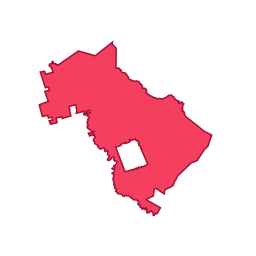 the district of Linares, Nuevo León, Mexico, rotated 247°
{"feature_id": "50627088B38143273708345", "entity_name": "Linares", "entity_type": "district", "adm_level": 2, "iso_a3": "MEX", "parent_name": "Mexico", "parent_adm1": "Nuevo León", "projection": "mercator", "projection_center": [-99.477, 24.853], "detail": "fine", "context": "isolated", "style": "filled", "palette": "rose", "viewbox_px": 256, "rotation_deg": 247, "n_neighbors": 0, "source": "geoboundaries", "source_scale": "gbopen_adm2", "svg_char_len": 5792}
<svg xmlns="http://www.w3.org/2000/svg" viewBox="0 0 256 256"><g transform="rotate(247 128 128)"><path d="M160.6,64.8L165.2,65.7L164.2,71.6L162.5,71.1L161.4,80.1L167.3,81.1L167.3,81.5L170.8,82.2L169.9,89.0L164.3,87.7L161.8,86.1L160.4,94.7L160.2,94.4L159.0,94.1L158.5,92.7L157.4,92.6L156.4,94.6L157.2,94.7L157.1,95.3L158.1,95.3L158.1,96.9L159.3,96.9L159.2,98.0L159.7,98.1L159.3,99.5L157.4,99.6L156.8,99.4L157.1,98.1L156.6,97.0L156.9,97.0L157.0,96.1L155.7,96.1L155.0,95.8L154.8,95.4L153.7,96.5L152.6,96.2L152.1,95.7L152.1,94.9L151.7,94.4L150.7,94.3L150.5,93.7L149.2,92.9L148.9,92.4L148.1,92.3L147.2,92.6L146.1,92.3L145.8,92.1L145.9,91.5L144.9,91.5L144.9,90.9L144.7,90.6L143.6,90.7L143.3,91.2L142.4,91.5L141.9,92.0L141.2,92.1L140.9,92.4L139.4,93.2L138.6,93.9L138.0,94.9L138.0,93.7L138.7,89.5L135.6,89.6L136.2,93.4L135.5,92.8L134.9,92.6L134.7,94.3L134.1,94.0L133.0,94.3L132.3,94.2L131.5,92.4L130.3,91.3L129.0,91.4L128.3,91.7L127.5,91.4L126.3,91.4L124.7,93.2L124.0,92.9L123.3,92.9L121.4,93.4L121.0,93.3L120.0,93.8L119.2,94.9L119.4,96.9L118.4,98.4L118.2,98.5L116.2,97.5L115.2,97.8L115.1,98.1L115.4,100.0L115.1,100.5L114.4,100.5L112.1,99.0L111.3,99.0L109.2,99.6L108.7,99.3L107.3,96.9L106.8,96.7L106.2,96.9L105.6,97.5L105.4,98.2L106.0,99.7L106.1,100.7L107.3,102.0L107.0,103.3L106.5,103.6L106.0,103.6L105.2,103.2L105.0,102.7L104.3,102.4L103.4,102.8L102.6,102.9L102.3,104.1L101.9,104.5L101.4,104.5L100.3,104.0L99.8,103.2L98.8,102.2L98.6,101.4L99.0,100.6L98.7,99.9L98.2,99.8L97.5,100.5L97.0,100.4L96.3,99.8L96.4,98.7L97.3,98.0L97.0,97.4L96.2,97.5L95.5,99.0L95.0,99.1L93.5,98.5L93.0,98.0L92.7,97.0L93.0,96.2L92.8,95.7L92.4,95.6L91.8,95.9L91.6,96.9L90.9,97.0L89.4,95.8L88.2,95.8L87.7,94.6L85.9,93.9L83.7,94.1L82.9,93.4L81.0,92.7L80.7,92.9L80.6,93.5L80.4,93.6L79.9,92.9L78.0,92.2L77.7,92.4L77.7,92.9L77.4,93.2L76.6,93.2L75.9,92.7L75.3,93.1L74.6,91.9L73.8,92.6L72.6,92.5L71.7,93.4L71.1,93.4L70.5,94.9L69.7,95.9L68.7,96.7L67.5,96.7L67.2,96.9L66.9,97.6L66.5,97.9L66.9,98.4L67.0,99.4L66.3,100.0L65.6,102.0L64.9,102.5L63.9,102.8L63.4,103.2L62.5,103.4L61.7,104.3L60.8,104.7L59.9,104.8L59.8,105.4L59.3,105.8L58.7,107.3L58.1,108.2L57.6,108.3L56.9,108.2L56.1,109.0L55.2,109.0L54.6,108.6L54.4,107.5L53.7,107.3L53.2,107.6L52.7,108.8L52.2,108.6L51.5,108.9L51.2,108.3L50.8,108.2L50.5,108.6L50.1,108.5L49.9,108.8L49.1,109.1L49.0,109.7L48.4,109.2L47.6,109.3L47.6,109.7L48.0,110.8L46.6,111.4L46.4,111.8L46.6,112.6L47.2,112.4L47.7,113.3L46.1,113.5L45.5,113.2L45.1,113.5L44.8,112.8L43.8,112.5L43.8,112.9L43.5,113.2L43.0,112.9L42.7,113.1L42.3,112.8L42.3,113.5L42.0,113.7L41.7,114.5L42.9,116.2L42.9,116.4L42.5,116.6L42.5,117.0L40.8,117.6L40.5,117.5L40.0,118.1L39.2,117.8L38.3,117.2L38.2,117.7L37.5,117.5L37.2,117.8L38.4,119.8L38.1,120.1L37.9,121.6L38.5,122.1L41.9,126.7L54.7,116.9L55.6,119.5L55.3,120.1L55.6,122.1L55.3,124.3L57.6,126.1L60.6,127.8L61.5,128.8L61.5,129.9L59.7,131.4L53.1,135.5L53.5,136.0L55.5,136.8L57.1,138.7L56.7,139.4L57.1,141.6L56.8,142.1L57.0,144.9L57.6,147.4L60.5,149.8L62.0,152.3L63.4,153.5L64.0,154.6L64.9,155.4L64.8,155.7L66.2,159.6L71.2,172.5L70.9,178.7L78.6,190.3L79.1,192.5L80.0,193.7L79.9,194.3L88.8,202.3L95.2,196.9L116.7,185.3L118.1,185.6L119.5,185.3L120.1,186.0L120.5,186.1L122.0,184.9L122.0,185.4L123.4,185.4L123.7,185.0L124.2,185.1L124.7,185.9L125.5,186.0L125.9,186.6L128.4,187.8L128.5,188.0L128.2,188.5L128.4,188.8L129.1,188.4L129.4,187.8L130.1,188.0L130.9,187.7L130.6,187.1L131.2,186.3L130.6,184.9L131.2,184.3L132.4,184.3L132.7,184.6L132.5,185.2L132.8,185.4L133.2,185.1L133.2,184.5L134.5,184.0L135.0,183.1L136.7,182.5L138.5,182.4L139.4,181.6L140.3,181.4L140.9,180.8L141.5,180.7L141.8,178.9L142.2,178.3L141.8,177.5L141.9,176.6L141.4,175.7L141.4,174.7L141.2,174.5L141.4,171.9L141.2,171.3L141.4,171.3L141.3,170.8L141.7,170.0L142.7,169.1L143.0,167.7L143.3,167.3L143.1,167.0L143.2,166.7L144.0,166.1L144.3,165.3L144.8,165.2L145.0,164.7L145.4,164.5L145.4,164.1L146.6,163.2L146.4,163.0L147.0,162.9L147.9,162.4L148.8,161.1L149.3,161.1L150.3,160.3L150.5,159.9L151.4,159.8L152.0,159.1L152.5,159.0L152.5,158.5L153.1,158.1L154.3,159.4L154.7,159.3L155.6,159.9L155.8,159.5L157.0,159.7L157.8,159.2L158.3,158.6L158.7,157.0L160.5,157.4L161.6,157.1L162.0,157.6L162.4,157.5L163.2,157.1L163.2,156.9L163.8,156.9L164.4,156.2L165.3,156.4L166.3,156.2L166.9,155.6L167.1,154.9L168.0,154.4L167.9,153.7L168.1,153.6L168.4,152.2L168.9,151.9L169.2,150.8L170.0,150.5L170.2,149.8L171.1,149.8L171.3,149.0L171.9,148.3L173.2,148.1L174.2,148.3L175.2,148.0L175.8,148.0L176.0,147.8L177.7,147.7L178.8,147.1L179.3,147.2L179.9,146.7L179.9,146.4L180.1,146.4L180.4,145.7L180.6,145.6L180.9,145.1L182.4,143.8L183.1,143.9L184.0,144.4L184.9,143.2L185.7,143.4L186.4,142.8L187.1,142.7L187.1,141.7L187.5,141.0L187.6,140.2L206.1,148.3L211.6,146.1L213.1,147.2L207.3,126.0L218.3,112.4L213.3,88.7L213.7,88.3L213.9,87.1L215.4,86.6L215.7,86.2L215.4,85.6L215.5,85.4L216.2,85.1L216.9,84.2L217.2,84.2L217.4,84.7L218.0,85.1L218.7,84.7L218.8,84.4L217.2,82.8L217.1,82.3L217.4,81.4L217.4,80.7L216.4,79.9L215.9,79.8L215.3,80.1L215.4,81.0L214.9,81.4L213.1,80.7L212.9,81.4L211.1,81.0L208.6,80.8L209.7,73.1L212.8,73.4L213.8,69.1L197.4,67.7L196.9,70.6L193.4,70.4L194.2,65.7L183.6,65.0L184.1,55.5L181.1,54.9L172.0,53.7L171.1,59.0L168.3,58.7L167.7,62.2L164.8,61.8L165.5,58.3L164.1,58.2L164.0,58.5L161.7,58.2L160.6,64.8ZM88.9,108.2L115.2,109.2L114.7,114.3L115.1,115.0L115.7,115.1L115.7,119.8L114.8,119.6L114.5,124.0L116.5,124.6L116.5,125.7L115.3,125.7L115.1,130.6L113.0,130.5L112.9,131.9L111.5,131.9L111.4,132.4L110.8,132.6L109.8,132.4L109.8,131.7L109.5,131.5L108.9,131.5L108.4,131.9L107.5,131.2L106.5,132.2L105.7,131.9L104.7,132.2L104.1,131.8L103.6,132.5L103.3,132.4L103.4,131.9L86.9,132.0L86.5,125.3L87.1,125.4L87.0,122.2L87.7,122.1L87.2,121.7L86.8,120.2L87.9,120.0L87.2,117.2L87.7,117.5L88.9,108.2Z" fill="#f43f5e" stroke="#9f1239" stroke-width="1.5"/></g></svg>